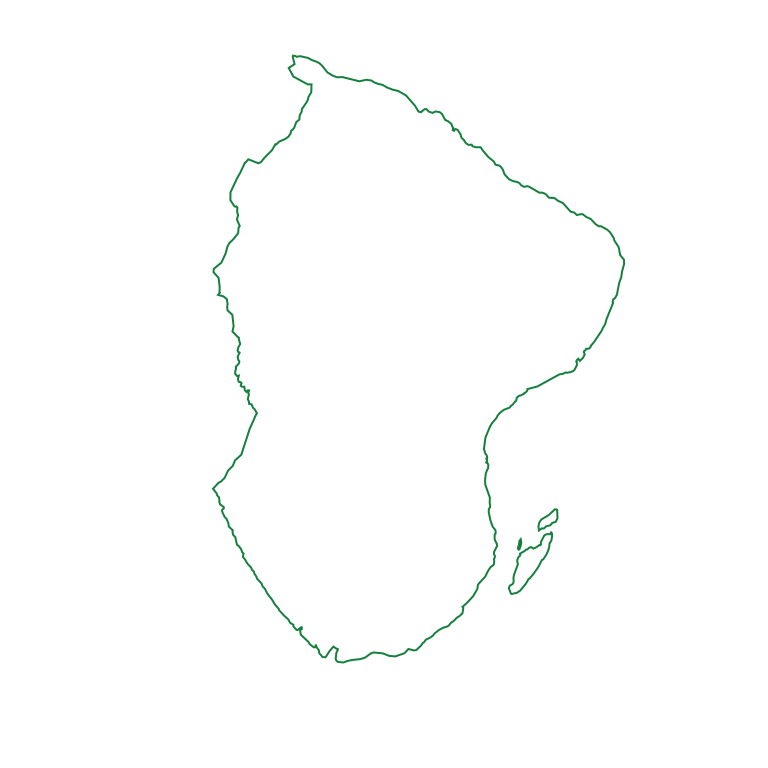 East Malo, Sanma, Vanuatu, rotated 23°
{"feature_id": "77236927B67571127096265", "entity_name": "East Malo", "entity_type": "district", "adm_level": 2, "iso_a3": "VUT", "parent_name": "Vanuatu", "parent_adm1": "Sanma", "projection": "equal_earth", "projection_center": [167.207, -15.69], "detail": "fine", "context": "isolated", "style": "outline", "palette": "green", "viewbox_px": 768, "rotation_deg": 23, "n_neighbors": 0, "source": "geoboundaries", "source_scale": "gbopen_adm2", "svg_char_len": 6168}
<svg xmlns="http://www.w3.org/2000/svg" viewBox="0 0 768 768"><g transform="rotate(23 384 384)"><path d="M267.5,547.2L272.7,550.1L274.1,551.8L276.4,552.8L278.1,555.5L278.2,556.6L280.3,558.9L284.6,559.9L285.1,560.9L284.1,563.4L285.6,565.4L289.4,568.7L291.7,569.6L295.2,573.0L296.8,575.8L302.0,577.8L302.2,579.1L304.1,581.8L307.0,583.1L311.4,589.3L314.1,590.1L317.4,592.2L319.0,594.1L320.9,594.9L321.7,598.3L324.5,599.7L328.4,602.7L333.1,604.7L335.2,606.7L337.5,607.5L338.9,609.3L341.8,611.2L343.1,612.7L349.3,615.5L351.2,617.6L354.5,619.1L358.3,622.4L365.1,626.2L369.7,629.5L374.8,632.0L376.1,633.3L382.1,636.1L387.7,638.0L390.9,640.5L394.6,641.0L395.4,642.6L399.6,644.5L400.6,644.2L402.9,640.2L403.4,640.1L404.1,641.7L403.2,643.0L403.2,643.8L405.3,647.2L415.1,650.9L417.4,652.5L422.0,653.8L423.2,653.5L423.6,652.3L423.1,651.3L423.4,651.1L424.8,652.6L428.0,654.5L429.5,657.0L434.1,659.3L436.6,658.6L437.1,657.8L438.1,651.7L440.0,645.5L443.7,646.2L445.0,646.0L445.4,647.1L445.1,648.8L445.4,651.1L446.4,653.6L446.6,655.4L448.0,657.1L449.7,657.8L453.4,656.9L455.6,656.1L458.6,653.2L462.8,650.3L469.5,646.6L473.4,643.4L477.1,637.2L479.5,635.1L488.3,632.4L495.1,632.2L500.9,630.3L508.1,623.7L510.0,618.4L515.8,617.5L517.7,616.3L520.2,610.6L520.9,607.2L521.7,606.2L522.5,602.9L525.8,599.2L527.4,596.3L528.1,593.7L530.9,588.7L534.2,584.6L536.0,583.5L537.8,581.5L539.2,577.0L540.5,575.5L542.4,570.6L544.2,568.1L545.8,564.4L544.5,559.1L543.3,558.5L545.7,553.6L549.0,544.4L550.0,535.9L549.0,532.6L549.2,530.8L552.4,521.9L552.8,515.4L553.7,510.7L555.2,508.5L555.6,506.9L554.7,504.0L553.6,502.2L553.8,500.5L553.3,499.0L551.7,497.6L550.9,495.8L551.4,488.7L550.2,486.9L547.1,484.4L546.3,483.2L544.9,479.9L544.8,478.8L545.2,478.3L544.4,476.1L543.4,474.8L539.8,472.9L535.5,468.3L530.5,461.1L529.4,458.2L529.8,456.2L529.3,454.6L527.7,452.1L525.9,447.3L516.6,437.1L514.7,433.3L512.7,426.8L512.5,422.7L512.8,421.1L511.8,418.1L511.0,417.0L510.0,416.7L509.6,415.8L508.8,416.1L508.7,414.1L507.4,412.7L508.0,412.3L507.7,411.2L506.2,409.4L504.3,408.3L501.4,404.8L498.3,393.6L498.2,381.6L498.7,378.1L500.9,371.0L500.9,368.8L501.8,365.6L504.4,360.9L508.8,356.7L509.4,354.5L510.5,352.8L511.5,348.9L512.2,347.8L511.6,344.8L512.8,342.2L514.4,341.0L516.9,337.9L516.8,337.3L517.8,336.3L518.5,334.2L518.0,332.7L526.1,326.4L541.8,306.5L544.6,304.9L546.5,302.5L548.4,302.0L551.3,299.9L553.1,298.2L553.9,296.0L554.2,291.3L553.0,288.6L552.2,288.3L552.2,286.5L553.0,284.8L555.3,286.2L557.0,281.9L557.2,278.4L555.4,276.4L555.4,275.4L556.3,274.2L556.2,272.7L558.9,271.3L559.7,269.0L559.4,268.4L561.1,262.7L563.4,250.7L563.7,248.3L563.4,247.5L564.2,242.4L563.5,237.8L563.2,220.0L562.4,219.3L562.0,216.2L562.7,215.6L563.1,214.4L563.5,210.9L561.0,199.0L560.7,193.3L559.1,186.9L558.1,179.6L556.3,175.8L551.1,173.1L546.5,166.3L540.2,162.1L538.4,159.9L532.8,156.0L529.1,154.7L522.1,154.0L520.1,154.9L516.1,154.1L509.7,151.3L504.9,151.2L500.6,150.1L499.3,150.5L495.4,153.1L492.0,151.8L488.6,152.5L477.9,147.5L472.9,147.4L468.0,146.2L463.0,148.1L459.6,146.3L457.4,145.9L454.2,146.2L452.3,147.2L440.4,145.7L438.4,146.0L435.9,147.8L432.7,147.5L430.4,146.3L428.0,145.9L423.9,146.8L419.1,146.7L413.2,144.0L409.3,140.0L407.1,138.6L404.8,137.9L401.0,138.6L398.0,136.2L391.6,134.4L383.8,130.5L380.5,128.3L375.7,130.3L372.5,130.5L371.2,129.4L368.3,130.9L365.0,130.2L362.3,128.2L359.5,127.2L357.9,125.8L357.1,124.4L352.6,121.4L350.3,121.3L349.8,121.7L349.5,123.6L348.1,123.5L347.6,121.2L345.9,120.1L344.4,118.2L340.4,117.1L337.1,117.0L332.1,112.9L329.1,112.0L324.9,113.0L322.9,115.4L319.1,115.8L315.6,114.4L313.9,115.3L311.7,119.5L309.3,119.7L303.7,115.7L291.6,109.8L282.4,108.7L277.7,109.6L271.1,109.9L265.7,109.2L261.8,110.0L256.7,110.2L254.1,109.5L248.8,110.9L243.0,115.0L225.9,117.7L221.0,120.0L216.4,120.2L210.2,119.3L202.6,115.2L199.4,114.0L195.7,113.7L191.4,114.0L186.8,113.5L178.7,115.0L175.6,117.0L174.4,116.7L172.0,117.3L172.2,118.5L176.7,124.5L172.8,130.3L180.4,136.4L196.8,138.0L200.2,136.5L203.1,144.0L202.3,149.1L202.9,152.1L202.6,155.3L201.0,163.0L201.8,165.6L201.4,169.6L202.8,173.7L200.9,177.2L201.2,183.3L200.6,185.7L199.6,187.1L200.1,190.4L199.3,193.9L197.2,197.2L192.9,201.7L191.3,205.5L190.4,205.7L189.5,212.7L185.5,222.7L184.0,227.9L182.1,229.9L171.3,230.2L169.9,234.6L169.5,234.7L169.1,246.0L168.4,251.3L167.8,267.6L170.8,274.8L176.9,278.9L177.8,278.9L178.7,278.2L180.1,278.8L181.6,283.1L183.7,285.5L184.3,290.0L189.5,295.0L189.1,297.1L190.8,302.1L188.7,309.8L186.5,314.9L186.2,319.1L187.2,325.5L186.9,335.8L182.3,344.5L183.4,347.7L190.2,350.9L194.8,358.8L196.9,364.3L197.5,363.1L196.4,366.8L201.9,366.1L206.0,367.2L208.7,371.3L209.3,373.7L211.1,377.3L217.4,379.6L223.0,389.6L224.0,394.9L231.0,397.9L232.3,398.0L232.8,399.5L236.0,403.3L235.6,407.1L236.2,410.6L237.3,411.4L238.8,411.5L238.6,416.0L240.4,418.7L242.0,419.6L242.2,420.4L242.3,422.3L240.9,425.9L241.8,427.6L242.2,430.6L243.0,432.8L245.7,434.1L247.1,433.0L247.5,436.3L249.2,438.6L250.1,438.8L251.3,438.3L252.5,438.8L252.7,441.5L253.9,442.0L256.5,441.1L258.2,444.0L260.4,445.1L261.1,443.0L262.3,442.6L262.6,445.4L263.6,446.1L264.6,451.3L266.3,452.6L267.6,455.0L270.1,454.5L272.5,456.9L274.6,457.7L278.6,460.7L278.2,461.6L277.9,477.8L280.3,504.9L276.7,512.4L276.8,518.5L274.3,524.6L274.0,532.6L271.9,537.8L270.5,539.2L267.5,547.2ZM576.4,488.5L575.3,491.2L575.5,494.3L577.7,497.7L578.2,508.7L578.8,511.6L580.6,515.3L580.7,517.2L580.4,518.2L578.6,520.5L578.7,523.2L582.7,527.3L583.4,527.5L587.9,524.3L590.1,521.0L592.6,512.6L593.3,507.0L594.0,506.3L596.0,499.6L597.6,492.0L598.1,484.5L599.1,483.2L600.1,477.8L600.2,473.9L599.8,469.3L598.7,466.5L599.2,462.7L598.3,458.7L597.0,455.9L595.8,455.3L595.6,457.4L592.5,458.6L590.7,460.8L590.2,468.2L591.0,470.2L591.0,471.2L590.1,471.4L588.0,474.8L585.9,477.1L583.4,476.6L581.5,478.0L580.6,480.3L579.4,481.0L578.7,482.8L575.5,487.0L576.4,488.5ZM583.9,458.3L585.5,455.3L587.5,454.7L589.0,451.5L592.3,449.1L593.0,446.3L596.0,443.7L596.1,439.7L592.5,432.1L590.3,432.5L586.9,440.2L581.8,447.2L581.1,450.5L581.8,454.9L583.9,458.3ZM570.5,473.5L570.0,475.5L571.2,479.7L571.1,481.0L571.5,483.2L572.7,483.9L573.2,483.2L573.1,479.9L572.2,475.9L570.5,473.5Z" fill="none" stroke="#15803d" stroke-width="2"/></g></svg>